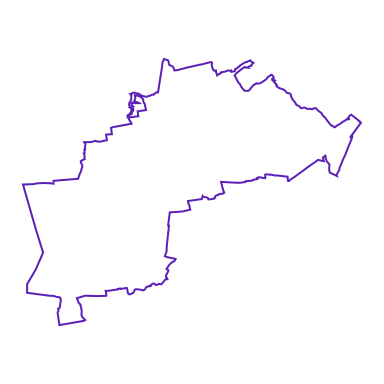 the district of Dobroteasa, Olt, Romania
{"feature_id": "2599482B45493772728247", "entity_name": "Dobroteasa", "entity_type": "district", "adm_level": 2, "iso_a3": "ROU", "parent_name": "Romania", "parent_adm1": "Olt", "projection": "mercator", "projection_center": [24.342, 44.767], "detail": "fine", "context": "isolated", "style": "outline", "palette": "violet", "viewbox_px": 384, "rotation_deg": 0, "n_neighbors": 0, "source": "geoboundaries", "source_scale": "gbopen_adm2", "svg_char_len": 5878}
<svg xmlns="http://www.w3.org/2000/svg" viewBox="0 0 384 384"><path d="M27.1,292.8L48.3,295.6L53.1,295.9L54.4,296.1L56.5,296.9L60.0,297.4L60.6,298.7L60.6,299.9L60.8,300.4L60.4,302.9L59.6,308.0L59.4,308.3L58.1,308.6L58.4,311.1L57.6,312.5L59.4,325.1L82.9,321.0L84.0,320.8L85.2,320.0L82.8,317.6L81.7,315.8L81.4,314.4L81.7,312.0L81.7,311.2L81.2,308.0L80.5,305.5L80.7,305.2L80.0,304.1L78.8,303.0L77.7,300.1L76.8,298.4L76.8,298.2L85.1,295.7L97.7,296.1L106.2,295.8L106.4,295.0L105.7,290.8L108.3,290.8L117.9,289.4L117.8,288.9L121.0,288.3L120.4,288.7L120.5,289.0L126.8,287.9L127.4,290.1L127.5,291.3L128.3,293.9L128.8,294.2L130.2,294.3L133.2,292.8L134.3,291.1L134.5,290.1L135.4,289.3L136.0,289.2L141.0,289.7L142.7,290.4L143.2,290.4L145.0,289.4L145.7,287.9L146.6,286.8L147.2,286.6L148.4,286.6L149.7,285.6L150.2,286.2L150.5,286.1L150.9,285.8L151.8,284.2L152.6,283.6L154.0,283.6L155.0,284.1L155.6,284.9L156.2,285.0L156.8,285.0L158.1,284.2L159.5,283.9L161.3,284.3L161.9,283.7L165.5,279.3L165.8,279.1L167.1,279.3L167.5,279.0L166.4,277.5L166.3,276.8L165.9,276.4L165.8,276.0L167.3,272.9L168.2,271.5L168.3,270.1L166.5,269.1L166.8,268.5L169.3,264.7L172.3,262.0L173.4,261.7L174.3,261.0L175.1,260.1L175.6,258.9L168.3,257.4L164.9,256.3L165.8,253.4L166.5,252.0L166.8,245.8L169.0,225.6L168.1,225.4L169.8,212.4L182.5,211.5L190.3,209.6L189.0,204.3L188.4,203.6L188.0,202.4L188.0,201.0L201.7,199.1L202.6,196.0L203.0,196.6L207.5,197.7L207.7,197.8L208.4,199.4L211.1,199.2L212.1,198.9L213.3,198.8L214.4,198.5L214.4,197.9L215.1,197.6L214.9,197.1L215.5,196.0L217.2,195.1L218.4,194.9L219.3,194.0L222.8,193.7L223.5,192.9L224.1,192.8L223.5,191.4L223.7,191.2L223.4,190.7L222.2,186.6L221.1,181.9L237.9,182.8L240.8,182.7L245.4,182.0L245.4,181.4L245.6,181.2L251.6,180.7L252.7,180.4L253.0,179.8L257.3,179.1L257.6,178.9L257.2,178.5L257.0,178.0L257.6,177.7L257.9,177.8L258.1,177.4L260.2,177.3L263.1,178.0L265.2,178.1L265.4,177.7L265.2,176.4L265.2,174.6L265.6,174.4L268.6,174.5L270.0,174.8L271.1,174.5L272.5,175.0L275.3,175.5L277.5,175.5L287.6,176.7L287.7,177.8L287.6,178.4L288.1,181.0L289.2,181.0L289.6,180.2L295.8,176.0L306.1,168.5L306.9,167.7L316.8,160.9L318.1,159.8L322.9,161.1L323.9,161.1L322.9,157.9L323.2,157.3L324.8,156.2L325.1,155.6L325.6,156.0L325.6,156.8L325.7,158.2L326.9,161.6L329.0,163.8L329.4,164.5L329.4,165.6L329.1,169.2L329.8,172.6L336.8,175.9L336.6,175.4L336.6,175.0L337.6,172.8L338.4,171.6L339.5,169.3L339.5,168.1L339.9,167.0L341.0,164.7L342.4,160.9L345.6,154.0L346.4,151.7L347.2,149.9L347.5,148.8L351.5,139.3L352.1,136.9L350.6,137.4L350.5,136.9L361.0,122.7L359.1,121.3L359.3,121.0L351.2,114.7L349.6,115.7L348.6,117.1L348.5,118.2L349.2,118.8L349.1,119.1L348.6,119.3L347.4,118.6L346.7,119.7L345.8,119.8L345.0,120.7L343.4,121.4L339.3,124.4L336.8,125.7L335.0,127.2L334.2,127.3L332.6,125.8L332.2,125.6L331.5,125.7L330.5,124.7L327.5,121.0L325.2,117.7L322.7,115.5L321.9,113.5L317.9,110.4L316.7,109.2L316.0,108.2L314.1,108.2L312.9,109.0L311.8,109.2L309.8,108.7L307.2,109.0L306.1,108.1L304.7,107.6L302.6,107.9L301.4,108.3L300.9,108.1L299.5,106.5L298.2,105.7L296.6,105.1L294.6,101.7L292.8,99.9L291.2,96.7L290.8,94.5L290.4,93.9L289.4,93.4L286.5,92.6L285.6,91.1L284.1,90.0L282.9,89.2L282.2,89.1L279.8,88.2L279.5,88.3L276.4,86.1L276.3,85.7L276.4,85.2L276.8,85.0L276.7,84.7L274.1,82.1L273.9,81.7L275.2,80.6L275.0,80.4L274.3,80.5L273.4,79.8L272.7,80.4L272.2,80.0L272.1,79.0L273.7,78.3L273.7,77.3L272.6,75.6L271.6,74.7L270.7,75.1L269.7,76.0L268.2,76.7L266.0,79.5L260.4,83.2L258.7,83.6L256.9,83.6L256.5,83.3L253.2,85.4L249.2,90.2L248.1,90.8L244.5,90.8L240.9,86.3L240.0,84.2L238.3,82.5L234.6,75.4L236.4,73.2L242.4,68.5L245.0,66.9L245.8,67.6L247.8,67.7L247.5,67.5L249.0,66.4L251.1,65.6L251.3,65.7L251.6,65.4L251.6,64.6L253.5,62.9L251.2,61.6L250.1,60.3L249.2,61.0L248.1,61.2L247.0,62.0L245.9,62.1L243.8,63.1L240.1,65.5L239.3,66.1L238.8,66.8L238.0,67.3L237.4,68.1L235.2,69.1L235.3,69.9L234.9,70.2L234.7,71.1L231.6,71.9L231.3,71.7L231.1,70.5L230.0,70.9L228.2,70.4L225.2,71.6L221.1,72.3L221.1,73.0L220.4,73.2L219.6,73.9L218.3,74.5L217.2,75.4L215.9,71.7L216.1,71.5L216.0,70.4L213.8,70.6L212.6,68.6L211.7,64.9L211.7,64.5L212.1,63.9L212.1,63.6L211.9,62.4L211.5,62.2L210.7,62.1L200.9,64.6L200.2,64.6L186.9,67.6L177.0,70.2L174.4,70.4L173.7,68.1L172.8,66.6L169.2,64.8L168.8,63.3L168.5,61.1L167.8,60.2L165.8,59.7L164.2,58.9L163.5,59.9L163.4,60.8L162.6,61.8L161.8,68.4L158.0,92.5L156.6,92.3L155.2,93.1L153.7,94.7L152.7,94.5L150.0,95.7L146.1,96.8L142.9,96.1L141.7,95.4L140.9,95.4L139.0,93.7L137.4,93.7L135.6,92.8L133.1,92.7L131.3,93.6L131.2,93.7L131.3,94.0L130.3,94.1L131.3,95.3L131.2,99.4L131.0,100.1L129.8,101.9L129.0,104.3L129.1,104.8L130.0,106.5L129.9,106.9L129.4,107.3L129.6,107.5L130.8,107.6L131.1,107.9L131.4,109.0L131.4,110.6L131.1,111.8L129.8,113.9L127.9,115.1L127.5,116.0L127.6,117.4L127.9,117.3L128.4,115.7L131.7,114.0L131.5,113.2L133.4,110.1L133.1,109.8L133.1,108.7L132.5,106.9L132.6,106.7L133.0,106.5L132.2,106.0L131.4,103.8L131.7,102.9L132.2,102.5L133.4,103.2L139.1,103.1L138.4,102.6L136.3,102.1L134.2,101.0L135.4,98.5L135.1,96.4L134.7,95.5L134.8,95.1L135.8,95.5L137.4,95.6L139.8,96.5L141.4,97.5L141.9,98.2L142.5,98.6L143.2,99.7L143.4,101.7L144.0,103.0L144.7,103.8L146.0,110.1L137.7,111.3L138.3,116.3L134.5,116.7L132.6,117.2L130.3,117.2L128.4,117.7L129.2,119.8L131.2,122.8L131.6,123.7L115.5,126.7L113.8,126.8L111.1,127.8L111.9,134.2L106.1,134.6L106.9,140.2L100.0,141.7L99.5,141.6L97.6,141.7L95.4,140.7L93.6,141.4L90.8,142.1L84.1,142.1L84.3,142.7L85.4,143.7L85.4,145.2L84.9,146.6L85.2,148.4L85.1,149.6L85.0,149.8L84.4,149.8L84.6,153.2L84.4,153.4L83.8,153.5L84.7,156.0L84.4,157.8L84.7,159.1L81.7,160.5L81.3,161.1L81.0,161.0L80.8,161.1L80.7,161.7L80.8,162.3L81.4,163.8L82.2,164.8L82.4,166.1L80.8,171.8L79.7,173.9L78.1,178.8L53.6,180.8L53.4,183.0L53.5,183.7L50.4,183.3L43.0,183.0L35.9,183.5L33.8,184.1L23.0,184.5L35.9,229.5L43.1,252.6L35.8,269.4L27.1,284.3L27.1,292.8Z" fill="none" stroke="#5b21b6" stroke-width="2"/></svg>